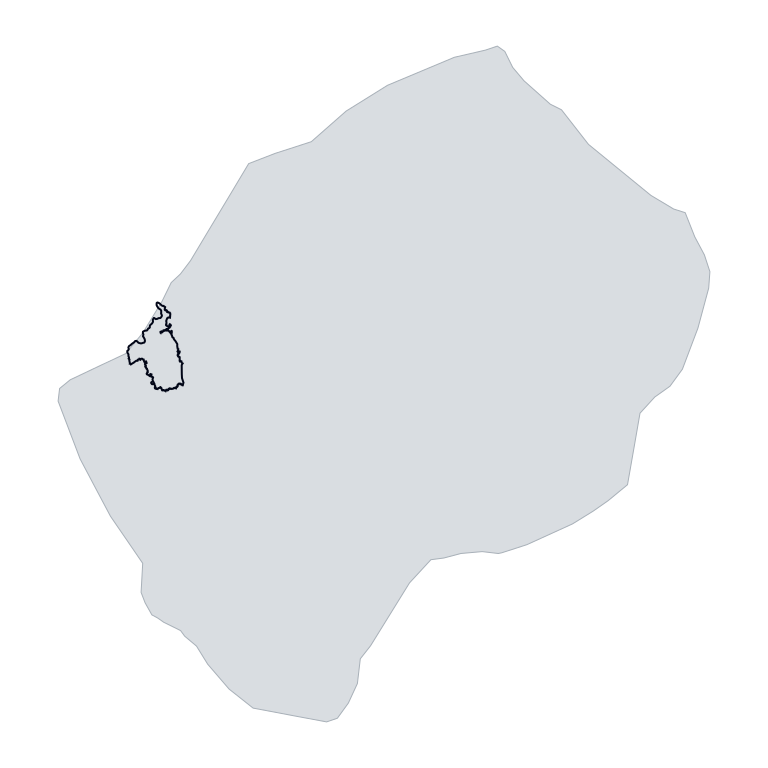 Lilala, Maseru, Lesotho shown in context
{"feature_id": "5366337B93833812873267", "entity_name": "Lilala", "entity_type": "district", "adm_level": 2, "iso_a3": "LSO", "parent_name": "Lesotho", "parent_adm1": "Maseru", "projection": "robinson", "projection_center": [27.404, -29.498], "detail": "fine", "context": "in_parent", "style": "outline", "palette": "ink", "viewbox_px": 768, "rotation_deg": 0, "n_neighbors": 0, "source": "geoboundaries", "source_scale": "gbopen_adm2", "svg_char_len": 7004}
<svg xmlns="http://www.w3.org/2000/svg" viewBox="0 0 768 768"><path d="M526.8,544.7L501.7,552.8L498.3,553.5L482.2,551.6L460.8,553.5L443.9,558.0L430.9,559.7L409.5,582.9L370.6,645.7L360.3,658.8L357.4,683.5L348.4,703.0L337.4,718.2L326.6,721.9L294.4,715.9L253.1,708.1L229.1,689.1L207.7,664.2L196.5,646.1L184.7,636.2L180.6,630.6L163.8,622.3L157.5,617.9L151.9,614.9L145.1,602.8L141.1,592.4L142.7,563.3L130.8,545.9L110.5,516.3L97.6,492.0L80.1,458.9L69.3,430.5L58.1,401.1L59.6,388.5L70.2,379.8L101.4,365.0L125.7,353.6L143.0,332.6L162.0,301.4L171.2,282.6L180.4,274.0L190.5,260.7L208.1,231.3L227.7,198.7L248.7,163.6L275.1,153.4L311.3,141.7L346.1,111.1L387.5,85.3L454.3,57.3L485.5,50.1L497.3,46.1L504.8,51.4L512.7,67.4L524.0,80.8L550.3,104.2L561.5,109.8L588.5,144.4L617.5,168.1L650.9,195.4L673.6,209.0L685.2,212.7L694.8,236.9L704.4,254.9L709.9,271.7L708.7,288.1L697.9,328.2L682.4,369.2L670.0,386.2L654.8,397.0L640.0,413.2L634.3,446.0L627.5,484.7L608.2,500.6L593.2,511.1L572.5,523.9L526.8,544.7Z" fill="#d9dde1" stroke="#a8b0b8" stroke-width="1"/><path d="M165.8,390.9L166.0,390.5L166.1,389.9L166.3,389.7L167.4,390.1L167.6,390.4L168.2,390.2L168.3,389.6L168.6,389.2L168.6,388.8L169.2,388.6L169.4,388.5L169.5,388.8L169.8,389.0L170.0,388.9L170.0,388.6L170.7,388.5L170.8,388.6L170.9,388.9L171.2,389.0L171.6,388.8L172.2,388.9L172.5,388.7L173.0,388.7L173.3,388.6L173.6,388.4L173.7,388.2L173.9,388.2L174.0,388.0L174.5,388.1L175.1,387.6L175.3,387.6L175.6,388.2L176.0,388.4L176.2,388.0L176.1,387.4L176.4,387.1L176.5,386.8L177.0,386.7L177.3,386.8L177.6,386.4L177.3,385.9L177.5,385.3L177.7,385.1L177.7,384.8L178.3,384.7L178.4,384.4L178.4,383.9L178.6,383.7L179.1,383.7L179.8,383.5L180.2,383.6L180.2,383.9L180.3,384.1L180.6,384.1L181.0,384.0L181.2,384.5L181.6,384.5L181.8,384.8L182.1,384.8L182.4,385.3L182.8,385.3L183.2,383.5L183.5,382.7L182.0,378.1L181.8,374.3L181.7,366.1L181.7,365.1L182.2,364.1L182.6,363.5L182.3,363.4L181.7,362.5L181.4,361.3L180.5,361.4L180.4,361.2L180.0,361.5L179.7,361.1L179.6,360.6L179.7,360.0L179.7,358.7L179.6,358.2L179.5,357.8L179.7,357.7L179.7,357.4L179.3,357.4L179.0,357.1L178.9,356.9L179.1,356.7L178.6,356.3L178.4,356.4L178.1,356.4L177.6,355.3L177.8,354.3L178.0,354.3L178.4,354.2L178.6,353.8L179.0,353.6L179.1,353.3L179.4,352.9L179.4,352.7L179.7,352.1L179.7,351.5L179.2,351.4L178.5,351.5L177.8,352.0L177.5,351.6L177.7,351.3L177.8,351.0L177.8,350.7L178.2,350.1L178.2,349.4L178.3,349.1L178.0,348.9L177.6,348.7L177.5,347.3L177.3,347.0L177.3,346.3L177.2,345.9L177.3,344.4L177.2,343.9L176.6,343.0L176.2,342.2L175.8,341.7L175.3,340.8L174.5,340.0L173.8,338.9L173.7,338.3L173.5,337.8L172.6,337.4L172.2,336.8L172.2,336.4L172.0,335.6L171.6,335.0L171.6,334.4L171.2,334.0L171.3,333.5L171.7,333.1L171.8,332.8L171.8,331.1L171.6,331.0L171.4,331.4L171.3,332.0L171.2,332.4L171.1,332.7L170.3,331.4L170.1,331.4L169.8,331.6L169.7,332.0L169.1,331.3L168.8,330.9L168.3,330.6L168.1,330.3L167.8,330.2L167.1,330.1L166.8,330.6L166.3,330.4L166.1,330.1L165.7,330.1L165.5,330.3L165.1,330.3L165.0,330.6L164.4,330.7L164.1,330.9L163.6,331.0L163.0,331.5L162.0,332.4L161.3,332.4L160.8,332.6L160.7,332.9L160.5,332.7L160.5,331.8L160.9,331.7L161.4,331.4L161.9,331.6L162.1,331.3L162.4,331.3L163.1,331.1L163.4,330.8L163.7,330.8L163.7,330.4L164.2,330.5L164.2,330.3L164.5,330.3L165.0,330.0L165.4,330.0L166.3,329.3L166.5,329.0L167.7,329.0L168.1,328.8L168.8,328.1L169.5,327.7L169.6,327.4L170.3,326.7L170.5,326.0L170.9,325.3L170.7,325.0L170.4,325.2L170.1,325.0L170.0,324.4L169.8,324.2L169.5,324.5L169.5,325.1L169.3,325.4L169.3,326.1L169.1,326.3L168.8,326.3L168.3,326.5L167.9,326.5L167.4,326.3L166.8,325.8L166.6,325.2L166.1,325.2L166.0,324.8L166.2,324.1L166.3,323.5L166.5,323.2L166.4,321.8L166.3,321.6L166.3,321.3L166.2,321.0L166.9,318.9L167.2,318.5L167.2,318.3L167.6,318.2L168.0,317.6L168.9,317.4L170.0,317.7L170.2,315.8L170.1,315.2L170.3,314.8L170.3,314.0L170.2,313.5L170.2,313.2L169.9,312.9L169.7,312.6L169.1,312.7L168.5,312.1L168.3,312.1L167.9,312.3L167.1,312.0L167.1,311.7L167.4,311.3L167.3,311.1L166.8,310.6L166.5,310.1L166.2,310.1L165.7,310.5L165.2,310.3L164.7,309.7L164.7,309.4L164.9,308.9L164.8,308.2L165.2,307.1L165.0,306.9L163.9,306.3L163.6,305.9L163.0,306.0L162.1,305.7L161.3,305.1L160.0,303.8L159.4,303.3L158.1,302.7L157.6,302.5L157.0,302.7L156.7,303.0L156.6,303.8L156.6,305.1L157.0,306.0L158.0,307.7L159.2,308.8L160.4,309.5L160.7,309.9L161.1,310.4L161.2,310.7L161.2,312.5L161.1,313.5L161.7,314.8L161.9,315.6L161.9,315.8L161.5,316.7L160.8,317.6L160.4,318.0L158.4,318.2L157.5,318.8L156.9,318.9L155.8,319.1L155.3,318.8L154.4,318.1L154.1,318.0L153.9,318.0L153.0,319.3L152.8,319.8L152.8,320.2L153.0,321.3L152.9,322.0L152.1,323.4L150.2,325.1L149.9,325.6L149.8,326.0L149.8,327.4L149.5,327.8L149.2,328.1L148.6,328.3L148.1,328.6L147.5,329.8L146.8,330.5L146.5,330.5L146.0,330.5L144.5,330.9L143.8,331.2L143.0,331.7L142.9,332.2L142.9,333.2L143.4,334.4L143.0,336.3L143.1,336.6L143.6,337.1L144.0,337.9L144.6,339.0L144.9,340.2L144.9,341.3L144.6,342.0L144.3,342.5L143.9,342.7L143.1,342.8L141.8,343.3L140.8,343.4L139.1,343.0L138.4,342.7L138.1,342.4L137.4,341.6L136.5,340.9L135.3,341.0L135.1,341.1L134.1,342.3L131.7,344.0L130.7,345.0L129.3,345.9L128.9,346.3L128.4,347.4L128.7,348.9L128.7,349.3L128.2,350.2L127.3,351.0L127.3,351.4L127.5,352.8L127.7,353.2L128.4,354.2L128.5,354.9L128.4,355.8L128.5,356.3L128.6,356.6L128.9,357.0L129.0,357.6L129.0,358.1L128.7,358.4L128.6,358.6L128.8,358.9L129.4,359.3L129.5,359.5L129.3,360.7L129.7,362.2L129.7,362.6L129.9,363.0L129.8,363.7L130.2,363.7L130.6,363.9L130.8,364.4L131.1,364.3L131.4,364.0L133.4,362.8L133.7,362.7L134.3,362.1L136.2,360.8L136.9,360.7L137.2,360.8L137.6,360.7L137.7,359.9L137.8,359.7L138.8,359.5L139.1,359.2L139.3,358.7L139.5,358.7L139.8,358.9L140.0,359.5L140.3,359.8L140.6,359.6L140.8,358.9L141.6,358.7L142.1,358.7L142.5,358.9L143.3,359.8L143.7,359.7L144.1,361.4L144.3,361.9L144.5,362.0L145.0,361.6L145.8,361.5L146.0,361.4L146.4,362.1L146.6,362.9L146.6,363.0L145.7,363.1L145.1,363.5L144.9,363.9L144.9,364.2L145.2,364.6L145.6,364.9L145.6,365.2L145.9,365.7L145.9,365.9L145.2,366.3L145.3,366.7L145.6,367.2L146.2,367.6L146.3,368.5L147.0,368.8L147.1,369.5L147.7,370.4L147.6,371.3L147.8,371.8L147.2,372.3L147.2,372.5L147.4,372.7L147.3,372.8L147.1,373.3L146.7,373.6L146.8,374.2L147.0,374.4L147.8,374.7L148.5,375.1L149.8,376.1L150.1,376.0L150.1,375.2L150.5,374.6L150.2,374.4L150.2,374.2L150.6,374.0L151.1,374.3L151.5,374.4L151.5,374.6L151.2,376.1L151.3,376.7L151.6,376.8L152.5,376.9L152.8,377.1L153.1,377.4L152.8,378.5L152.5,379.3L152.8,380.7L153.2,381.4L152.8,381.7L151.5,382.1L151.4,382.5L151.1,382.9L151.8,384.0L152.1,384.2L152.7,384.2L153.2,384.0L154.1,383.2L154.4,383.7L154.6,385.0L155.3,386.2L155.3,386.5L154.9,386.9L154.8,387.4L154.9,388.2L155.0,388.3L155.7,387.8L155.9,387.9L156.1,388.9L156.4,389.0L157.2,388.7L157.7,389.0L158.0,388.5L158.7,388.0L159.7,387.9L160.0,387.3L160.5,387.1L160.9,387.6L161.5,388.2L161.5,388.7L162.1,390.3L162.5,390.4L163.0,390.5L163.3,390.3L163.4,390.0L163.6,390.0L164.3,390.3L164.9,390.8L165.6,390.6L165.8,390.9Z" fill="none" stroke="#020617" stroke-width="2"/></svg>